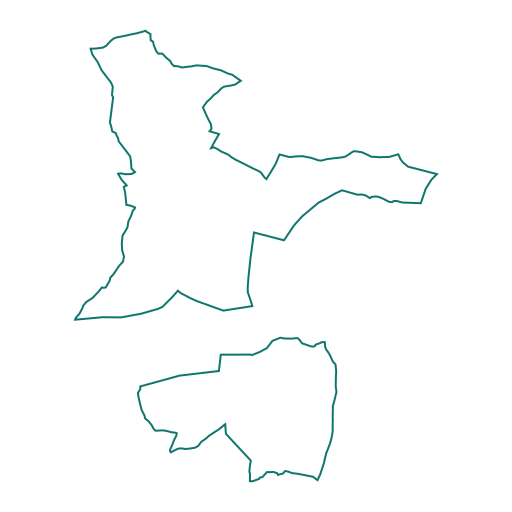 the district of Njaba, Imo, Nigeria
{"feature_id": "59680162B71691370147242", "entity_name": "Njaba", "entity_type": "district", "adm_level": 2, "iso_a3": "NGA", "parent_name": "Nigeria", "parent_adm1": "Imo", "projection": "orthographic", "projection_center": [7.004, 5.713], "detail": "fine", "context": "isolated", "style": "outline", "palette": "teal", "viewbox_px": 512, "rotation_deg": 0, "n_neighbors": 0, "source": "geoboundaries", "source_scale": "gbopen_adm2", "svg_char_len": 4138}
<svg xmlns="http://www.w3.org/2000/svg" viewBox="0 0 512 512"><path d="M223.4,310.6L252.3,306.1L251.3,302.6L247.8,292.2L247.7,287.3L248.5,276.8L250.5,258.0L254.0,232.5L284.0,240.3L294.0,225.4L302.3,216.2L318.6,202.6L325.8,198.9L334.6,193.8L342.0,190.3L357.4,194.7L361.5,194.5L365.4,195.3L370.0,198.2L371.4,197.0L375.0,196.5L378.0,196.7L382.0,198.2L389.5,202.0L392.2,202.1L393.9,200.9L396.7,201.0L402.2,202.5L409.5,202.8L420.8,203.2L425.8,188.6L431.5,179.6L436.9,174.1L407.9,166.6L402.7,162.2L400.6,159.3L398.3,154.3L389.3,156.9L380.0,157.2L371.1,156.7L368.8,155.4L362.0,152.3L357.3,151.5L353.9,151.2L352.0,152.2L345.7,156.5L341.8,157.4L332.7,158.4L327.1,159.1L321.3,160.6L318.3,160.3L314.3,158.9L310.5,157.7L302.6,156.2L296.0,156.4L289.7,157.1L279.5,154.5L275.7,163.8L270.9,171.9L267.2,177.8L266.4,179.1L264.3,177.2L263.2,175.6L262.9,175.3L262.4,174.5L261.1,172.8L259.8,171.7L257.9,170.7L252.7,168.3L241.7,162.7L235.0,159.4L231.6,157.3L228.5,154.8L224.7,153.0L221.3,151.6L218.0,149.4L213.9,147.3L211.1,148.2L211.6,147.2L214.8,141.3L219.0,134.0L209.6,131.3L211.5,128.8L211.0,124.4L208.3,119.3L206.5,115.5L202.9,107.3L207.1,101.6L211.1,98.1L213.6,95.1L217.4,92.5L221.5,88.2L224.2,86.6L230.7,85.6L235.5,84.4L237.5,82.9L240.8,80.8L232.1,74.7L227.9,73.5L220.6,70.2L213.5,68.5L206.5,66.0L196.4,65.4L191.3,66.4L185.6,67.0L182.2,67.5L177.5,66.2L174.0,66.1L171.3,63.3L170.3,61.1L166.3,57.8L162.3,53.6L158.3,53.7L156.2,51.1L153.9,45.4L153.0,41.6L150.8,40.4L150.5,37.6L150.4,34.0L146.4,31.7L145.6,30.7L143.7,31.4L140.4,32.3L136.3,33.4L132.4,34.1L125.9,35.6L122.0,36.4L116.7,37.4L113.7,38.5L110.6,41.0L106.3,45.7L103.0,47.6L95.3,48.6L90.6,48.7L92.4,54.5L94.2,57.2L97.4,61.6L99.0,64.8L101.6,70.3L111.1,82.7L112.8,86.7L112.0,94.8L113.1,97.6L109.9,122.6L111.1,126.1L112.3,131.5L115.7,133.0L116.8,136.0L118.1,138.1L118.6,141.2L130.2,156.4L131.0,161.7L131.4,168.4L135.0,172.1L132.6,173.6L130.0,174.1L125.2,174.2L120.4,173.3L118.1,173.8L121.7,179.9L126.7,185.4L123.8,186.9L125.1,192.2L126.4,204.9L130.7,205.7L135.0,207.4L134.6,208.8L133.0,210.4L130.7,216.8L128.4,221.2L127.5,227.1L126.2,229.7L122.6,235.5L121.8,242.6L122.1,250.0L124.0,256.5L123.0,261.6L119.1,265.9L113.5,274.2L110.3,277.7L109.7,280.6L105.7,287.5L103.0,287.8L101.9,287.4L98.7,291.5L92.5,298.0L86.2,302.0L83.4,305.5L82.3,308.3L79.6,313.5L75.7,318.0L75.1,319.7L96.2,317.8L102.6,317.2L121.0,317.4L141.2,313.7L157.7,309.0L162.5,306.9L166.7,302.6L171.9,297.5L177.9,290.7L181.0,293.3L185.2,295.4L189.8,297.9L196.6,301.0L223.4,310.6ZM317.5,480.1L320.2,474.4L323.9,463.2L326.1,453.6L327.9,449.1L330.1,443.2L331.6,437.7L332.3,433.7L332.7,431.0L332.7,429.9L332.7,427.6L332.6,425.5L332.8,420.1L332.7,414.2L332.9,410.8L332.8,408.6L332.9,405.9L334.4,400.6L335.8,394.6L336.5,392.1L335.7,386.3L335.8,381.5L335.9,377.1L336.2,371.1L335.5,364.4L332.8,361.5L329.6,354.5L327.9,351.8L326.0,349.3L325.4,347.5L325.0,345.8L325.0,343.8L324.7,342.0L322.9,342.2L321.6,342.2L320.3,343.0L318.8,343.6L317.5,344.0L315.5,344.7L315.1,345.8L313.8,346.6L311.1,346.4L302.0,343.3L300.0,340.5L298.2,338.5L297.3,338.1L291.7,338.6L284.4,338.5L280.3,337.7L272.4,340.9L266.9,348.1L260.1,351.8L252.3,355.0L250.3,354.6L220.8,354.7L218.9,371.0L179.6,375.6L140.3,386.4L140.3,388.9L137.9,393.1L138.4,396.4L139.5,401.6L141.6,409.9L144.6,415.8L145.0,418.3L148.3,421.0L151.5,424.9L153.3,428.3L155.4,430.7L157.1,430.7L159.9,430.5L162.7,430.4L164.0,430.4L165.0,430.7L167.3,431.1L171.2,432.2L175.4,432.7L176.8,433.3L176.3,435.7L175.3,437.7L174.2,439.7L172.3,444.7L171.0,447.7L170.1,449.6L170.1,451.1L170.9,452.3L174.9,450.2L178.1,448.7L180.4,448.4L183.2,448.6L185.7,449.0L190.2,448.5L194.7,447.8L198.0,446.1L199.3,444.5L201.0,442.1L205.0,439.2L207.1,437.6L208.8,435.9L210.8,434.6L214.3,432.3L218.2,429.8L225.2,424.2L225.9,433.8L250.8,460.6L249.8,466.9L249.4,471.4L250.0,474.3L249.9,481.2L252.4,481.3L254.1,480.7L256.5,479.8L259.0,479.0L259.8,477.7L262.1,477.1L262.9,476.6L264.6,474.6L266.4,472.7L267.1,472.0L269.7,472.2L273.6,471.9L274.9,472.5L277.1,473.1L278.0,474.9L279.9,474.2L283.0,473.6L284.3,471.9L285.3,471.0L288.4,471.7L292.1,473.1L298.0,473.8L311.6,476.5L313.1,476.8L317.5,480.1Z" fill="none" stroke="#0f766e" stroke-width="2"/></svg>